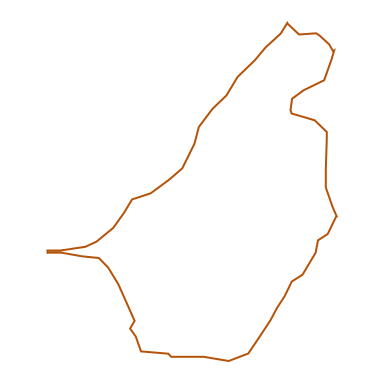 outline of Prastio Pafou, Paphos, Cyprus
{"feature_id": "46923920B40507921688401", "entity_name": "Prastio Pafou", "entity_type": "district", "adm_level": 2, "iso_a3": "CYP", "parent_name": "Cyprus", "parent_adm1": "Paphos", "projection": "orthographic", "projection_center": [32.693, 34.785], "detail": "fine", "context": "isolated", "style": "outline", "palette": "amber", "viewbox_px": 384, "rotation_deg": 0, "n_neighbors": 0, "source": "geoboundaries", "source_scale": "gbopen_adm2", "svg_char_len": 892}
<svg xmlns="http://www.w3.org/2000/svg" viewBox="0 0 384 384"><path d="M287.3,23.0L280.7,33.6L265.8,47.2L254.7,60.4L237.6,76.9L226.4,95.5L212.6,108.7L198.8,127.0L194.5,143.6L182.3,168.3L169.5,179.4L150.7,193.3L132.1,199.4L123.7,213.3L113.3,227.8L96.4,241.7L85.3,246.8L60.4,250.5L47.4,250.5L47.6,252.8L48.4,252.7L61.5,252.7L81.9,256.3L98.8,258.0L108.2,267.6L118.3,284.2L134.6,320.8L130.1,328.5L135.8,336.6L141.0,351.4L168.3,353.7L171.2,356.8L203.6,356.8L228.7,361.0L248.3,353.5L258.3,338.7L270.5,320.2L277.0,308.0L284.7,296.1L291.8,281.5L302.5,274.7L315.6,252.8L318.0,240.3L327.7,234.0L336.4,216.1L336.6,216.1L332.6,207.0L325.8,187.5L325.8,169.5L326.8,138.3L326.8,132.0L314.7,120.3L291.6,113.5L290.5,110.3L292.1,98.7L303.7,90.2L324.2,80.2L331.5,59.5L334.2,50.4L333.0,51.1L329.3,44.5L319.4,35.4L316.1,33.3L299.0,34.5L287.7,23.8L287.3,23.0Z" fill="none" stroke="#b45309" stroke-width="2"/></svg>